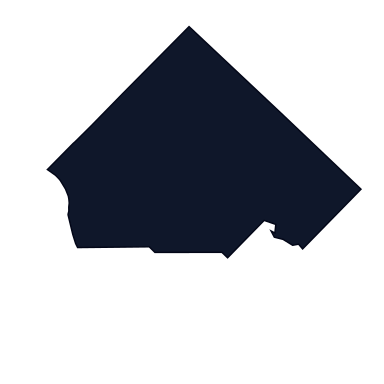 St. Clair, Illinois, United States of America (Albers equal-area conic projection), rotated 314°
{"feature_id": "52423323B37622799423649", "entity_name": "St. Clair", "entity_type": "district", "adm_level": 2, "iso_a3": "USA", "parent_name": "United States of America", "parent_adm1": "Illinois", "projection": "albers", "projection_center": [-90.081, 38.44], "detail": "fine", "context": "isolated", "style": "filled", "palette": "ink", "viewbox_px": 384, "rotation_deg": 314, "n_neighbors": 0, "source": "geoboundaries", "source_scale": "gbopen_adm2", "svg_char_len": 652}
<svg xmlns="http://www.w3.org/2000/svg" viewBox="0 0 384 384"><g transform="rotate(314 192 192)"><path d="M227.9,311.1L311.4,311.6L310.6,204.9L308.9,75.0L215.0,73.8L168.9,73.5L146.6,73.0L144.5,72.8L107.7,72.4L107.8,72.9L107.8,73.0L109.2,82.0L109.1,86.9L108.8,89.4L106.3,98.9L105.4,100.9L103.2,105.8L101.5,108.2L98.7,111.4L97.4,112.4L95.5,113.9L92.7,116.7L90.4,118.0L89.5,118.7L79.0,135.2L78.4,136.2L75.2,142.1L74.1,144.1L72.6,148.3L122.9,199.3L122.8,207.3L169.4,255.4L169.4,263.3L221.7,263.6L226.9,274.8L220.1,280.1L218.9,276.0L216.7,282.6L221.2,290.4L223.6,301.4L228.5,304.9L227.9,311.1Z" fill="#0f172a" stroke="#020617" stroke-width="1.5"/></g></svg>